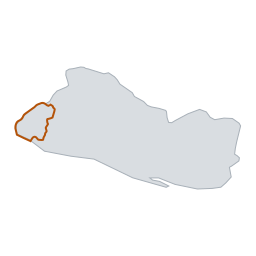 Ahuachapán highlighted on a map of El Salvador
{"feature_id": "SLV-1343", "entity_name": "Ahuachapán", "entity_type": "Department", "adm_level": 1, "iso_a3": "SLV", "parent_name": "El Salvador", "parent_adm1": "", "projection": "albers", "projection_center": [-89.848, 13.863], "detail": "fine", "context": "in_parent", "style": "outline", "palette": "amber", "viewbox_px": 256, "rotation_deg": 0, "n_neighbors": 0, "source": "natural_earth", "source_scale": "10m", "svg_char_len": 2008}
<svg xmlns="http://www.w3.org/2000/svg" viewBox="0 0 256 256"><path d="M85.9,68.5L88.2,68.9L103.9,73.8L108.5,72.8L114.5,76.8L117.3,79.9L119.9,84.1L132.3,92.7L134.4,96.5L143.6,101.5L147.4,105.4L151.3,106.9L159.1,108.4L165.7,110.4L166.5,111.8L167.1,117.6L168.6,122.4L171.7,122.7L175.5,120.4L187.9,113.8L199.6,109.4L206.3,111.9L210.2,117.3L214.7,119.7L224.0,118.1L232.4,118.5L239.1,123.2L240.6,125.9L236.7,141.7L235.3,148.5L234.6,154.2L237.0,155.6L239.4,157.8L238.9,160.9L231.7,166.0L229.4,167.3L231.2,177.0L225.8,182.9L220.9,187.2L212.2,188.4L197.4,189.0L175.1,184.4L158.6,177.9L149.8,177.9L152.6,180.1L159.6,181.4L168.8,186.0L166.2,187.3L132.7,177.8L94.0,159.1L70.9,156.2L44.5,151.2L28.9,139.4L17.2,134.2L16.2,129.7L16.3,124.7L21.6,118.0L31.5,109.0L38.1,104.3L41.2,103.4L45.5,103.9L49.7,101.3L53.2,95.1L57.0,91.0L66.4,87.0L68.6,85.4L67.9,81.9L65.8,75.1L66.1,71.0L69.2,69.1L72.9,68.7L80.6,67.0L83.9,67.3L85.9,68.5Z" fill="#d9dde1" stroke="#a8b0b8" stroke-width="1"/><path d="M16.9,134.7L15.4,128.4L15.4,126.9L15.6,125.3L16.1,123.8L16.8,122.4L18.0,121.2L20.5,119.9L21.7,118.9L22.6,117.6L23.2,116.2L24.0,114.8L25.4,113.6L34.4,107.2L36.4,105.2L37.4,104.6L41.5,103.0L42.9,102.9L44.6,103.4L47.1,105.3L48.4,105.8L49.8,105.1L49.9,104.5L49.8,104.4L50.6,104.7L52.3,105.8L52.6,106.1L52.8,106.3L52.9,106.5L53.1,107.3L53.2,107.5L53.3,107.7L53.7,108.0L54.0,108.3L54.4,108.7L54.6,109.1L54.7,109.3L54.4,111.1L52.5,117.5L50.9,118.2L48.8,118.8L47.7,119.0L47.4,119.1L47.2,119.4L47.1,120.0L47.1,120.4L47.3,122.3L47.5,122.8L47.6,123.3L47.9,123.7L47.9,123.9L47.9,124.3L46.0,127.2L45.8,127.7L45.8,128.1L46.5,130.6L46.6,131.1L46.5,131.5L46.2,132.0L45.5,132.8L45.2,133.4L45.1,133.8L45.0,134.7L45.0,134.9L43.8,137.1L43.6,137.5L43.1,139.7L42.6,139.9L41.8,140.0L39.0,139.8L38.4,139.7L38.2,139.6L37.5,138.9L36.3,137.5L36.1,137.3L35.7,137.1L35.2,136.9L34.9,136.8L34.5,136.8L34.0,136.9L33.7,137.0L33.4,137.2L33.2,137.3L32.9,137.5L32.2,138.4L30.7,140.7L30.5,141.1L24.1,138.2L16.9,134.7Z" fill="none" stroke="#b45309" stroke-width="2"/></svg>